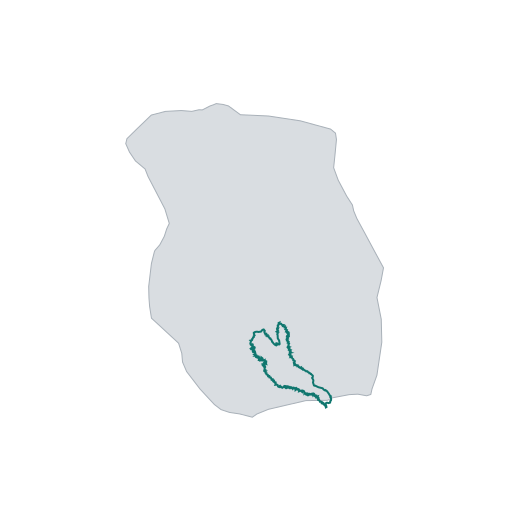 Seate, Mokhotlong, Lesotho (highlighted), rotated 124°
{"feature_id": "5366337B91839727568065", "entity_name": "Seate", "entity_type": "district", "adm_level": 2, "iso_a3": "LSO", "parent_name": "Lesotho", "parent_adm1": "Mokhotlong", "projection": "equal_earth", "projection_center": [28.771, -29.06], "detail": "fine", "context": "in_parent", "style": "outline", "palette": "teal", "viewbox_px": 512, "rotation_deg": 124, "n_neighbors": 0, "source": "geoboundaries", "source_scale": "gbopen_adm2", "svg_char_len": 7135}
<svg xmlns="http://www.w3.org/2000/svg" viewBox="0 0 512 512"><g transform="rotate(124 256 256)"><path d="M320.7,338.5L309.4,342.6L307.8,342.9L300.6,342.0L291.0,343.0L283.4,345.2L277.5,346.1L267.9,357.9L250.5,389.9L245.9,396.6L244.6,409.1L240.6,419.0L235.7,426.8L230.9,428.6L216.3,425.6L197.7,421.6L186.8,412.0L177.2,399.3L172.0,390.1L166.7,385.1L164.9,382.2L157.3,378.0L154.4,375.8L151.9,374.2L148.8,368.1L147.0,362.8L147.6,347.9L142.2,339.1L133.0,324.0L127.1,311.6L119.1,294.7L114.2,280.2L109.1,265.2L109.7,258.8L114.5,254.4L128.5,246.8L139.4,241.0L147.2,230.2L155.7,214.2L159.8,204.6L164.0,200.2L168.5,193.4L176.3,178.4L185.1,161.7L194.5,143.7L206.5,138.5L222.8,132.5L238.4,116.8L257.1,103.5L287.2,89.1L301.3,85.5L306.6,83.4L310.0,86.1L313.6,94.3L318.8,101.2L330.7,113.2L335.7,116.1L348.0,133.8L361.1,146.0L376.2,160.0L386.5,166.9L391.7,168.9L396.1,181.3L400.5,190.5L402.9,199.1L402.4,207.5L397.6,228.0L390.6,248.9L385.0,257.6L378.2,263.1L371.6,271.4L369.0,288.2L366.0,307.9L357.3,316.0L350.6,321.3L341.3,327.9L320.7,338.5Z" fill="#d9dde1" stroke="#a8b0b8" stroke-width="1"/><path d="M338.5,202.4L338.2,200.8L339.0,201.0L338.6,200.5L339.4,200.3L339.8,199.5L339.3,197.4L338.7,197.4L338.4,198.5L338.2,198.6L337.8,197.5L338.6,196.4L340.7,195.5L340.2,194.7L339.9,194.6L339.1,195.5L338.8,195.5L338.3,194.3L337.9,194.0L337.5,194.7L337.1,194.9L337.2,193.5L338.0,192.4L338.5,192.6L338.6,193.9L339.2,193.8L340.1,194.3L340.3,194.1L339.5,193.6L339.4,192.8L338.3,191.2L337.5,190.7L338.0,190.5L337.6,188.6L338.3,188.2L338.7,189.1L339.7,189.6L339.9,188.8L339.5,187.7L339.8,187.3L340.0,188.1L341.7,189.7L341.8,189.0L341.1,188.3L342.3,187.9L342.3,186.9L342.7,186.5L343.0,186.7L342.9,187.5L343.1,188.1L343.6,186.4L343.9,186.5L344.5,185.8L345.3,185.5L345.3,184.8L346.1,185.2L346.7,185.0L346.7,184.4L346.2,183.5L346.7,183.6L347.5,182.8L347.3,181.8L348.0,181.6L348.3,181.0L347.9,179.8L348.9,178.8L348.1,177.9L348.8,177.4L348.6,176.6L349.0,176.6L348.6,175.5L349.4,174.5L349.1,173.8L349.6,173.6L348.9,173.0L349.5,172.4L349.3,171.6L350.3,171.5L350.3,171.2L349.6,171.1L350.3,170.1L349.8,169.1L350.1,168.8L350.6,169.1L351.0,168.1L351.9,167.9L351.1,167.0L350.8,166.1L351.7,165.0L351.9,164.3L351.8,164.0L351.5,164.3L351.2,163.7L350.5,163.7L350.2,163.5L350.9,162.4L350.3,162.0L350.6,160.6L349.9,160.4L349.0,159.3L348.3,159.9L347.7,159.6L347.3,158.7L347.9,158.6L348.8,157.5L348.8,157.1L348.5,156.9L348.5,157.6L348.1,157.8L347.3,156.6L346.5,157.0L346.2,156.8L346.2,156.2L346.6,156.2L347.0,155.8L346.7,153.9L346.4,153.8L346.0,154.5L345.6,154.5L345.7,153.3L345.1,153.4L344.9,153.1L345.5,151.4L344.9,151.5L344.0,151.1L344.0,150.8L344.5,150.4L344.3,149.9L342.9,149.0L343.0,148.5L344.0,149.0L345.0,148.3L344.1,148.0L343.6,147.4L343.2,147.3L343.4,146.7L342.6,146.3L342.6,145.9L343.0,145.2L344.1,144.7L342.3,143.4L342.2,142.9L342.8,142.5L342.9,141.6L342.4,141.7L341.9,142.7L342.0,141.9L341.4,141.9L341.3,140.6L341.8,140.4L341.8,139.8L342.8,139.1L342.3,139.0L342.1,138.4L342.9,137.4L342.8,136.9L341.7,137.3L341.3,136.7L342.5,136.1L342.6,135.3L342.1,134.9L340.9,135.2L340.7,135.0L341.1,134.5L340.3,134.4L340.2,134.0L340.6,133.7L340.1,132.8L339.9,132.8L339.7,133.3L338.8,132.6L339.2,131.9L338.5,131.7L339.3,130.9L338.0,130.9L337.8,130.7L338.0,130.3L339.1,129.8L339.3,129.2L339.1,128.7L338.5,129.5L338.3,128.8L338.9,128.2L338.0,127.7L338.5,127.0L339.1,127.4L339.4,127.2L338.0,126.3L339.3,126.0L339.2,125.7L338.5,125.6L338.7,124.8L339.8,124.8L340.3,124.3L339.8,124.0L339.7,123.5L339.9,123.2L340.4,123.5L340.4,122.5L341.1,121.4L340.9,121.1L340.6,121.4L340.4,121.0L340.5,120.4L340.2,120.0L340.2,118.1L340.5,118.1L340.5,118.8L340.9,119.3L341.4,119.1L340.9,117.3L341.3,116.0L341.1,115.5L341.2,114.7L341.9,114.3L342.1,113.7L342.4,113.4L341.8,113.1L340.5,114.5L339.8,115.9L339.3,115.8L338.3,115.5L337.7,114.7L337.4,113.6L336.1,112.6L334.7,113.3L333.9,113.1L333.1,113.4L331.7,114.5L331.6,115.3L331.2,115.7L330.4,115.6L330.3,116.9L329.5,118.5L328.4,121.5L328.3,123.3L328.8,123.4L328.9,123.9L328.9,125.3L328.4,126.8L329.9,130.9L330.4,134.5L330.9,135.1L330.8,135.7L329.0,138.0L327.3,138.7L326.6,139.4L325.7,141.3L324.8,141.2L323.6,141.8L323.4,142.2L323.2,143.8L323.0,144.3L323.2,144.6L323.0,144.9L323.0,146.3L323.3,146.4L323.0,147.1L323.2,147.8L322.8,148.9L323.6,149.9L323.3,150.7L323.6,151.5L323.5,152.8L324.0,153.5L323.7,153.9L323.3,153.6L323.1,154.1L323.5,154.4L323.3,155.0L324.0,155.2L323.9,156.6L323.5,156.7L324.1,157.1L324.2,157.6L323.9,158.0L324.2,158.6L323.6,159.2L323.6,159.9L324.0,160.2L323.4,160.5L323.9,161.2L323.9,162.2L324.5,162.4L324.3,163.1L324.7,163.3L324.1,163.6L324.3,163.9L323.4,164.9L323.2,164.8L323.2,164.0L322.7,164.7L321.8,164.9L321.8,165.2L322.3,165.5L321.5,165.4L321.7,166.6L321.1,166.7L320.6,167.6L320.7,168.5L320.0,169.5L320.3,170.1L319.7,170.2L320.2,170.7L319.3,170.7L319.4,171.4L319.9,171.7L319.7,172.2L318.8,172.4L319.1,173.4L317.8,173.5L318.3,173.0L318.0,172.7L317.2,173.8L316.8,173.4L317.0,174.1L316.9,174.2L316.1,173.4L315.8,174.2L315.2,174.4L315.4,174.8L315.2,174.9L315.3,175.3L314.8,175.1L315.2,176.4L314.5,176.6L314.2,177.6L313.7,176.8L313.5,177.0L313.5,177.4L314.2,178.1L314.1,178.4L312.8,177.6L313.1,178.9L311.7,179.0L311.5,179.4L310.2,179.6L310.3,180.3L309.5,180.6L309.8,181.1L308.9,181.1L308.9,182.7L308.2,182.5L307.9,182.8L307.8,183.2L308.2,183.7L308.0,184.1L307.3,184.2L306.7,183.6L306.5,184.2L305.4,184.0L305.2,185.0L305.4,185.4L305.1,185.5L304.9,185.1L305.0,184.0L304.2,183.8L303.2,184.6L303.2,185.2L302.5,185.0L302.2,185.2L302.5,186.7L302.3,187.2L301.1,186.6L301.1,187.9L300.7,188.7L301.6,188.4L301.8,188.8L300.1,189.0L300.4,190.6L299.5,190.6L299.1,191.3L298.7,191.3L299.2,192.3L298.2,192.7L298.8,193.3L298.8,194.3L299.1,194.6L298.7,194.9L297.9,194.7L298.1,195.2L298.6,195.6L298.6,196.3L298.1,197.2L298.9,198.3L298.8,198.9L298.0,199.3L298.9,199.8L300.1,198.9L300.5,199.1L301.3,198.7L301.6,199.0L302.4,198.3L304.7,197.9L305.1,197.4L305.2,197.0L304.9,196.9L305.3,196.8L305.5,196.3L305.7,196.5L305.9,196.2L306.3,196.3L306.5,196.0L306.8,196.2L306.8,195.5L307.2,195.8L307.2,195.2L307.7,194.8L308.9,194.7L309.4,193.9L312.1,191.9L313.1,189.6L315.7,187.2L316.4,187.3L316.6,187.6L316.7,190.0L317.0,190.4L317.7,190.2L318.2,189.0L318.8,189.2L319.0,190.7L318.7,192.6L318.0,194.4L318.1,194.8L317.2,195.7L316.8,196.8L316.9,197.3L316.5,197.7L316.6,198.2L316.3,198.2L316.3,199.5L316.0,200.0L316.0,201.0L315.6,201.0L315.8,201.6L315.5,201.8L315.9,202.0L315.5,202.4L315.7,202.7L315.5,202.9L315.8,203.0L315.3,203.4L315.4,204.0L315.2,204.1L315.5,204.3L315.1,204.6L315.4,205.0L314.6,206.3L314.1,206.4L314.0,206.8L313.0,207.1L313.0,207.7L312.6,208.3L312.7,208.7L313.7,209.4L315.9,209.6L317.7,211.6L318.1,212.7L318.8,213.6L319.7,214.4L320.3,214.4L320.8,214.9L321.8,214.2L322.6,212.8L323.7,213.1L324.3,212.5L325.2,212.9L326.2,212.6L326.9,212.8L327.4,212.4L327.7,212.5L328.1,212.3L329.1,213.2L329.2,212.6L331.7,211.8L332.5,210.8L332.5,210.3L331.5,210.1L331.1,209.5L331.5,208.9L332.8,208.9L332.9,208.2L332.5,207.1L332.5,206.0L333.5,205.6L334.8,208.3L335.8,208.6L336.0,207.9L334.8,206.9L334.8,205.9L336.3,205.8L337.1,205.1L337.3,204.6L336.9,204.1L335.6,205.0L335.4,204.5L335.7,203.6L337.2,201.9L338.5,202.4Z" fill="none" stroke="#0f766e" stroke-width="2"/></g></svg>